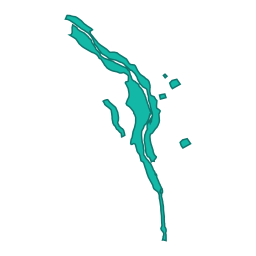 Adfu, Aswan, Egypt (Mercator projection)
{"feature_id": "37247803B96122561755956", "entity_name": "Adfu", "entity_type": "district", "adm_level": 2, "iso_a3": "EGY", "parent_name": "Egypt", "parent_adm1": "Aswan", "projection": "mercator", "projection_center": [32.835, 24.945], "detail": "fine", "context": "isolated", "style": "filled", "palette": "teal", "viewbox_px": 256, "rotation_deg": 0, "n_neighbors": 0, "source": "geoboundaries", "source_scale": "gbopen_adm2", "svg_char_len": 5819}
<svg xmlns="http://www.w3.org/2000/svg" viewBox="0 0 256 256"><path d="M166.1,240.6L166.0,234.7L165.6,233.0L166.1,231.2L166.1,229.7L165.7,228.2L165.1,227.4L164.7,226.4L164.6,223.3L164.4,222.8L164.2,218.2L164.3,217.1L163.5,210.0L163.4,206.4L162.8,203.1L162.7,201.7L162.0,198.4L161.5,196.8L161.5,195.1L161.6,194.3L161.9,193.3L162.2,192.9L162.5,192.4L162.5,190.7L162.1,188.9L161.6,188.9L160.9,189.4L160.3,190.8L160.2,192.0L160.7,192.7L160.9,193.3L160.1,192.6L160.0,191.5L160.4,190.3L160.9,189.1L161.7,188.7L161.8,188.5L161.1,187.0L160.6,186.2L160.1,184.8L159.2,183.2L158.4,181.0L156.9,177.6L156.7,177.2L156.7,175.2L156.1,174.1L155.9,174.2L156.1,175.1L155.9,175.2L155.5,175.0L155.3,174.8L155.1,174.2L155.1,172.9L154.4,171.3L153.4,170.0L152.7,168.0L150.7,163.8L148.9,161.9L148.2,160.7L146.7,159.2L145.7,157.8L144.7,156.1L144.0,155.2L143.6,154.3L143.8,150.4L143.4,148.5L143.2,145.2L142.2,142.1L141.8,138.9L141.5,135.1L141.7,131.2L142.2,130.1L143.5,127.9L143.8,126.8L144.2,125.8L145.3,124.4L146.6,123.2L146.9,122.2L147.6,121.3L148.8,118.5L149.4,116.3L149.5,115.5L150.0,115.2L149.9,114.1L150.8,114.0L151.0,113.2L151.0,112.5L150.3,111.5L150.0,110.3L148.7,107.3L148.3,105.4L147.5,103.6L146.6,100.5L146.1,99.3L145.8,97.7L145.0,95.9L144.7,94.7L143.5,92.9L143.2,91.7L142.8,90.8L140.7,87.9L140.0,87.3L139.5,86.7L138.9,85.8L138.7,84.9L138.3,84.2L137.5,83.5L135.8,82.4L135.5,81.8L134.6,81.2L134.0,81.1L132.2,79.7L131.8,78.8L131.0,76.2L130.3,74.9L129.3,71.2L127.9,70.0L127.3,68.9L125.6,67.6L122.8,66.6L117.1,63.7L115.5,63.1L113.0,61.4L105.6,58.8L104.9,58.7L102.5,57.2L101.4,56.4L100.1,55.0L100.1,53.9L100.0,53.5L95.9,49.2L95.7,48.7L95.6,48.0L91.7,42.3L91.5,40.6L91.0,39.9L88.9,37.9L88.4,37.3L88.0,36.5L87.2,36.0L86.7,35.4L85.1,34.0L84.6,33.4L83.8,32.9L80.1,31.0L77.7,29.3L77.3,28.6L77.1,27.9L76.5,27.6L76.1,27.1L73.9,25.8L73.6,25.4L72.7,24.9L72.3,26.9L72.1,27.2L72.2,32.7L71.1,34.8L69.6,35.0L74.2,37.8L75.8,38.9L77.0,40.5L79.2,43.8L82.2,46.5L83.8,47.6L88.6,50.4L92.2,52.4L93.6,52.8L95.3,53.7L96.7,54.6L98.1,56.2L99.3,58.4L101.0,59.1L103.9,63.6L104.5,64.9L105.8,66.3L107.1,68.0L108.9,69.2L109.0,69.1L109.8,69.7L111.3,70.4L113.1,71.0L117.2,71.9L119.8,73.0L121.2,73.0L123.8,72.5L126.7,74.2L128.3,75.6L128.4,76.6L128.4,78.2L128.2,80.9L128.0,81.4L125.7,82.0L125.3,82.9L126.5,85.0L128.2,88.6L128.9,92.6L129.1,94.2L129.0,96.1L128.7,97.4L127.4,100.0L126.1,103.6L126.9,105.1L129.5,106.8L130.7,108.1L132.9,110.8L133.6,111.8L133.9,113.6L134.7,114.6L135.7,117.5L135.6,122.9L134.6,127.4L133.1,131.6L132.1,137.6L131.2,139.3L130.6,143.2L131.1,144.4L132.0,144.4L133.4,143.6L134.3,143.6L135.3,144.3L136.4,148.3L137.1,151.1L137.9,152.6L139.1,154.0L139.9,155.6L141.0,160.8L142.7,161.7L143.7,162.8L145.2,167.7L146.0,169.8L146.8,172.8L148.5,177.4L152.8,185.2L153.1,186.8L153.6,188.2L154.3,189.2L157.7,191.7L158.5,193.1L159.2,194.9L159.4,198.8L159.8,200.0L160.8,207.0L160.9,210.5L161.5,215.9L161.7,222.4L162.0,225.6L160.9,228.5L161.3,229.8L163.2,232.2L163.8,233.6L163.5,235.7L163.1,236.6L163.1,237.8L162.5,240.0L163.4,239.9L166.1,240.6ZM154.2,161.3L154.1,160.4L156.2,157.6L156.2,156.6L155.6,156.2L154.2,154.5L153.2,151.8L153.0,150.2L150.8,143.3L150.2,140.1L149.9,136.6L150.3,134.3L152.4,133.0L155.4,128.8L156.9,127.2L158.0,125.2L159.1,122.4L159.4,120.4L158.9,114.1L160.2,111.0L159.8,110.4L158.7,109.4L156.9,108.3L156.6,107.4L156.5,105.8L156.9,100.8L156.8,100.4L155.9,99.7L154.1,96.7L151.8,95.8L150.5,94.9L149.8,91.4L149.9,88.5L150.1,87.3L150.0,86.3L150.0,85.4L149.0,81.7L148.2,80.4L146.8,79.2L145.8,78.7L144.4,77.2L141.0,74.9L139.8,73.8L137.6,70.6L135.4,66.0L134.4,65.0L131.8,64.6L130.8,64.6L129.2,63.5L126.5,59.1L119.3,54.6L117.0,52.8L114.1,52.2L110.0,52.3L109.3,51.9L106.7,49.3L100.4,45.0L97.9,42.9L96.8,41.3L94.0,38.1L92.5,36.1L90.6,33.9L89.9,31.4L92.5,29.8L91.5,28.7L87.2,26.0L85.7,24.8L84.3,23.9L81.4,20.8L77.6,18.0L76.1,17.1L75.0,16.7L73.3,16.5L71.5,16.1L70.2,15.6L67.2,15.4L67.0,15.7L66.5,16.2L66.5,16.9L66.1,17.6L65.4,19.1L67.6,19.4L69.8,20.3L74.5,23.5L76.9,25.4L80.6,28.0L81.2,28.7L81.9,29.0L84.0,30.2L88.4,33.2L90.9,36.1L91.7,37.2L93.0,39.5L93.6,40.7L94.5,43.8L97.2,47.0L98.9,49.8L102.0,53.7L105.5,55.7L107.1,56.8L108.8,58.3L109.6,58.7L111.7,59.3L115.1,59.9L116.0,60.2L117.6,60.9L119.5,61.9L121.8,62.6L123.7,63.7L125.5,65.6L129.7,69.5L130.7,70.3L131.6,70.4L134.8,73.5L137.1,77.3L137.5,79.0L138.4,80.8L139.4,82.4L139.8,83.6L140.7,84.4L142.9,86.8L146.1,88.6L146.7,89.2L147.0,90.0L147.6,93.5L148.5,96.6L148.5,98.2L148.7,100.4L149.2,102.0L150.0,104.0L150.5,107.1L151.1,109.0L151.4,110.4L151.8,111.5L152.2,112.8L152.4,114.0L152.4,115.7L152.0,117.8L151.6,119.1L151.4,121.6L151.2,121.9L150.7,122.2L150.2,123.3L150.1,123.0L150.2,122.5L150.5,122.0L150.9,121.7L151.0,121.2L151.0,120.5L151.3,119.7L151.5,118.4L151.5,117.4L148.8,121.9L147.6,123.5L147.2,124.4L147.1,128.2L147.5,128.7L147.5,129.0L146.3,131.0L145.7,132.5L145.5,133.5L144.9,134.7L144.4,139.1L144.3,140.4L144.9,143.6L145.6,149.0L145.7,151.2L146.0,152.8L146.7,154.3L147.0,155.6L148.0,156.8L148.8,157.0L149.2,157.3L149.6,157.8L150.7,160.0L151.3,161.8L151.9,161.3L153.0,161.2L154.2,161.3ZM122.0,136.8L124.8,135.3L124.6,134.0L123.6,130.3L122.4,128.7L121.7,128.4L119.1,126.1L118.7,124.9L118.0,123.7L117.7,122.3L118.4,120.2L118.5,117.4L117.7,112.3L115.6,107.4L109.8,102.4L107.7,99.7L106.5,99.8L104.8,100.3L103.4,101.0L103.1,101.2L104.2,102.9L104.8,104.5L106.5,106.0L108.3,107.3L110.3,109.0L111.2,110.1L111.9,115.0L112.1,116.7L112.1,118.6L113.0,123.3L114.2,125.4L115.1,126.1L116.6,129.1L117.7,129.8L119.8,132.2L121.2,133.3L121.3,134.0L121.6,136.9L122.0,136.8ZM172.4,88.6L180.2,84.2L176.8,79.3L172.1,80.5L169.7,83.0L170.9,86.4L172.4,88.6ZM190.6,143.7L187.2,138.7L182.6,139.9L180.1,142.4L181.3,145.8L182.9,148.0L190.6,143.7ZM160.4,99.1L166.0,97.6L164.8,94.0L161.8,94.5L159.5,95.1L160.4,99.1ZM167.0,76.2L165.0,74.2L163.4,75.4L165.2,77.8L167.0,76.2Z" fill="#14b8a6" stroke="#0f766e" stroke-width="1.5"/></svg>